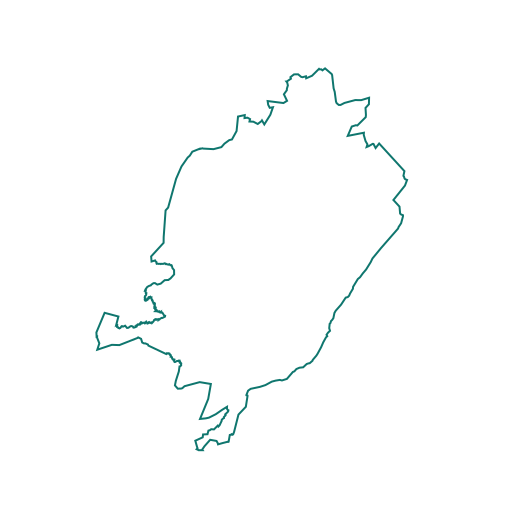 outline of Jaunauces pag., Saldus, Latvia, rotated 300°
{"feature_id": "27541924B95660010997208", "entity_name": "Jaunauces pag.", "entity_type": "district", "adm_level": 2, "iso_a3": "LVA", "parent_name": "Latvia", "parent_adm1": "Saldus", "projection": "robinson", "projection_center": [22.626, 56.459], "detail": "fine", "context": "isolated", "style": "outline", "palette": "teal", "viewbox_px": 512, "rotation_deg": 300, "n_neighbors": 0, "source": "geoboundaries", "source_scale": "gbopen_adm2", "svg_char_len": 6096}
<svg xmlns="http://www.w3.org/2000/svg" viewBox="0 0 512 512"><g transform="rotate(300 256 256)"><path d="M122.1,245.0L117.4,246.9L107.8,249.0L103.4,250.5L102.0,254.6L103.8,257.5L104.7,258.3L107.5,259.2L118.6,270.3L122.6,280.9L108.3,286.1L86.9,289.0L90.3,293.7L92.5,296.1L98.9,300.3L105.7,303.5L110.9,306.3L109.3,307.1L108.5,308.5L108.6,309.2L107.9,309.5L106.8,309.5L103.5,308.5L103.3,308.6L103.2,309.1L102.8,309.3L100.5,308.7L99.7,309.3L98.2,308.5L97.2,308.3L96.7,308.3L96.1,308.7L91.1,309.1L89.5,308.7L90.0,307.7L84.8,306.3L83.6,303.8L82.0,303.1L81.0,302.1L77.4,303.1L75.0,299.4L72.3,300.5L65.7,295.8L61.0,300.6L60.3,301.5L59.0,301.2L59.2,303.6L61.1,306.8L61.3,306.3L61.6,306.2L65.5,306.5L73.9,308.2L76.1,314.3L74.7,316.6L73.9,317.3L77.4,320.7L81.1,324.5L80.9,324.5L81.1,324.8L81.3,324.7L81.6,325.1L87.9,322.8L88.8,323.8L89.5,323.9L89.7,324.4L89.4,324.9L90.1,325.4L92.6,325.0L109.9,320.1L120.3,322.6L130.7,318.6L130.9,318.4L130.6,317.3L130.7,317.2L135.4,316.5L138.3,317.8L144.6,324.8L148.9,328.7L155.1,332.5L157.9,335.3L160.6,338.6L161.2,340.7L165.0,344.2L174.0,345.9L175.3,346.9L178.3,347.5L181.0,349.5L183.2,352.5L187.8,353.9L189.2,355.1L190.0,356.1L193.5,357.3L194.4,357.1L199.9,358.1L202.2,358.2L209.6,358.0L214.8,357.4L220.5,357.3L222.2,357.8L223.0,356.5L225.6,356.7L228.2,357.5L230.1,355.5L234.1,353.7L235.1,354.0L237.1,353.5L238.6,353.9L240.8,354.1L245.9,352.4L248.5,352.4L256.4,354.0L264.8,354.5L266.3,356.0L268.2,356.5L270.6,356.2L276.1,356.3L277.8,355.5L287.0,355.7L289.6,356.7L294.4,357.2L299.3,358.1L308.0,358.4L312.1,358.1L325.4,360.3L350.8,365.3L352.4,365.0L356.9,365.3L363.7,363.5L364.8,362.9L364.5,360.8L364.8,359.6L370.5,355.6L373.2,347.0L391.5,349.8L397.4,348.8L397.1,346.8L397.4,345.9L398.8,344.4L399.1,343.6L403.7,342.1L415.0,306.4L409.3,305.6L411.8,301.7L411.5,301.0L407.5,298.7L405.7,297.3L408.4,296.7L410.3,293.4L414.8,288.7L416.7,287.8L405.9,275.4L416.0,274.2L419.2,277.1L419.7,278.5L431.1,281.6L433.1,280.7L439.0,276.8L443.9,277.9L449.6,274.8L443.6,269.2L440.6,263.9L432.8,256.1L429.1,253.7L428.2,252.1L428.7,249.4L429.7,248.1L437.5,242.1L440.0,239.4L450.7,231.5L451.4,230.6L453.0,222.0L450.0,220.7L450.3,219.2L449.4,217.8L449.6,217.0L440.1,214.4L435.0,210.6L436.6,209.4L434.1,206.9L433.7,205.5L434.4,201.7L432.3,198.1L428.1,196.4L427.0,197.6L422.5,195.4L422.3,195.1L421.8,196.3L419.7,198.3L416.3,199.1L415.0,199.8L410.0,199.3L405.9,205.3L402.2,203.3L396.0,188.6L393.1,190.9L391.2,193.8L393.3,196.3L385.5,197.8L374.1,197.4L376.4,193.4L375.8,193.4L371.2,191.5L371.0,186.6L369.2,183.1L371.6,182.4L371.5,179.4L369.7,177.1L372.4,175.8L367.8,170.7L354.5,176.7L344.9,176.9L343.0,174.9L337.5,172.5L333.0,171.6L327.3,165.8L322.6,156.5L322.5,155.8L320.3,153.5L320.5,153.4L314.5,148.7L309.8,148.5L307.1,147.6L296.3,146.7L282.9,148.2L254.0,155.7L250.3,154.9L226.2,166.6L221.2,169.4L203.2,165.4L199.0,168.3L201.7,170.8L201.2,171.5L201.0,172.8L200.1,173.3L199.6,173.9L200.2,174.6L200.4,175.5L201.4,177.0L201.4,177.6L202.0,178.1L202.8,179.6L203.9,180.4L204.2,181.4L203.8,181.8L204.3,182.5L204.3,183.4L204.8,184.0L204.8,184.6L205.6,185.1L205.2,186.5L205.8,187.3L205.3,187.8L205.3,188.2L203.8,189.6L202.8,192.1L199.1,194.3L193.5,193.1L192.9,192.6L191.5,192.2L189.4,189.0L184.4,187.3L181.9,184.8L182.0,182.0L181.2,180.8L180.6,180.5L178.9,179.7L178.0,179.6L176.6,178.3L174.8,177.3L172.0,177.0L170.5,177.2L170.9,177.8L169.9,178.0L169.5,178.7L168.6,179.2L168.4,179.6L168.6,179.8L167.4,180.3L166.6,180.3L165.7,179.9L164.3,180.4L164.0,180.7L164.1,181.1L162.8,181.3L162.2,181.8L162.0,182.3L162.3,182.6L163.0,182.4L163.5,182.6L163.8,182.9L163.5,183.5L163.2,183.6L163.9,184.0L165.3,183.6L165.4,183.8L165.2,184.2L165.3,184.3L166.4,184.1L166.8,183.7L167.0,183.8L167.4,184.4L167.0,184.8L167.8,185.0L167.5,185.6L167.9,186.1L166.7,186.7L166.4,187.6L166.2,187.5L165.5,188.2L165.5,189.0L164.7,189.5L164.5,190.1L164.0,190.6L164.5,191.0L164.5,191.3L164.2,191.3L164.2,191.6L163.7,191.7L164.0,192.3L163.2,192.6L163.0,193.0L161.8,193.0L160.7,193.6L161.4,194.0L161.5,194.5L161.2,195.0L160.3,195.1L159.8,194.8L159.0,195.9L159.7,196.3L159.5,197.0L157.9,196.5L158.2,197.1L158.7,197.2L158.7,197.5L158.9,197.7L158.6,198.0L158.8,199.0L159.3,199.6L159.8,199.7L159.8,200.1L159.1,200.1L159.0,200.4L159.4,201.1L159.3,201.3L159.8,201.5L159.5,201.6L159.6,202.4L160.2,203.1L158.6,206.1L158.8,207.2L158.0,207.5L155.5,205.9L155.2,205.2L153.4,204.2L152.6,204.1L152.4,203.4L151.7,203.3L152.3,202.7L151.4,201.9L151.3,201.5L150.7,201.3L150.7,201.1L151.2,200.7L150.9,200.3L150.5,200.2L150.3,200.4L149.4,199.7L148.3,200.0L145.9,199.4L146.3,198.8L145.2,198.0L145.4,197.4L145.2,197.1L145.3,196.7L144.7,196.6L144.7,196.0L144.3,196.0L143.9,196.3L143.3,195.8L143.7,195.4L143.8,194.1L144.1,193.7L143.2,193.5L142.5,193.8L142.1,193.5L142.5,192.8L142.2,192.6L142.2,192.2L140.7,191.0L141.2,190.6L141.4,190.0L141.1,189.4L139.8,189.5L139.9,190.0L139.2,189.9L138.7,189.8L138.9,189.2L138.4,189.2L137.8,188.8L137.9,188.0L137.6,187.7L136.8,187.6L136.2,187.2L135.9,187.5L136.2,187.8L135.4,187.9L135.3,187.7L135.4,187.4L135.0,186.8L134.3,187.3L132.9,186.1L132.7,185.6L133.3,184.8L133.2,183.7L132.9,182.9L132.2,182.3L130.1,181.4L129.2,180.3L130.2,177.5L128.6,176.4L128.2,175.8L128.3,175.0L128.0,174.7L125.9,174.5L125.0,173.9L125.1,173.4L124.8,172.8L125.4,171.9L125.5,171.5L125.1,170.9L125.4,170.6L126.2,170.6L127.1,170.2L127.2,169.7L126.5,169.4L134.8,167.1L131.1,153.3L110.0,156.0L106.9,158.0L107.2,158.1L107.2,158.5L106.1,158.9L102.0,164.0L95.5,165.4L107.0,175.6L110.5,182.2L126.2,194.7L126.6,194.7L126.8,197.9L124.2,200.7L124.3,202.7L125.0,203.9L125.3,206.7L124.6,207.6L126.2,227.3L127.3,227.5L127.3,228.2L127.9,228.6L127.8,229.1L128.3,229.8L128.1,230.2L127.6,230.4L127.3,230.9L127.6,231.6L127.4,231.9L126.3,232.4L126.6,232.7L126.0,233.6L126.2,234.0L125.2,234.7L124.9,235.4L125.1,235.9L124.8,236.3L125.4,236.5L125.5,237.0L124.9,237.0L123.6,238.1L123.5,238.6L123.8,239.0L125.4,239.9L126.1,240.8L126.1,241.2L126.4,241.3L126.1,241.8L126.2,242.0L127.1,242.3L126.3,243.4L125.5,243.6L125.6,244.1L125.3,244.5L125.6,244.9L125.4,245.1L124.7,245.2L124.1,245.8L123.5,245.8L122.4,245.4L122.1,245.0Z" fill="none" stroke="#0f766e" stroke-width="2"/></g></svg>